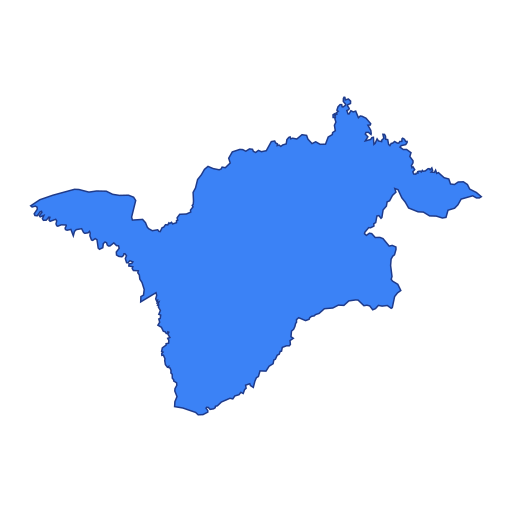 Cértegui, Chocó, Colombia (Natural Earth projection)
{"feature_id": "7082276B47980594061529", "entity_name": "Cértegui", "entity_type": "district", "adm_level": 2, "iso_a3": "COL", "parent_name": "Colombia", "parent_adm1": "Chocó", "projection": "natural_earth1", "projection_center": [-76.545, 5.385], "detail": "fine", "context": "isolated", "style": "filled", "palette": "blue", "viewbox_px": 512, "rotation_deg": 0, "n_neighbors": 0, "source": "geoboundaries", "source_scale": "gbopen_adm2", "svg_char_len": 6072}
<svg xmlns="http://www.w3.org/2000/svg" viewBox="0 0 512 512"><path d="M174.6,406.6L182.8,408.0L195.6,412.4L198.2,414.8L203.0,414.6L207.8,412.1L207.8,410.6L206.0,408.2L206.6,407.3L208.3,407.4L210.1,409.4L213.6,408.8L215.2,407.7L215.4,406.3L217.4,405.8L221.4,402.0L229.9,398.3L232.8,398.9L234.9,395.9L239.0,394.7L240.9,392.3L243.2,393.5L244.6,389.6L246.1,388.3L245.6,385.2L249.8,383.7L250.4,385.5L253.3,387.4L254.9,381.2L256.4,377.7L258.4,376.5L260.0,370.9L266.0,371.1L269.1,366.2L273.1,363.7L273.8,360.0L275.4,359.2L277.2,355.2L279.2,354.2L280.2,351.4L281.5,351.2L282.3,347.4L286.5,345.8L289.3,345.8L290.4,344.4L290.0,340.6L293.3,338.3L291.0,336.7L291.5,331.1L293.6,329.3L294.9,326.5L295.6,323.4L296.5,322.4L296.5,319.6L298.7,317.7L305.6,320.6L309.1,319.3L309.7,317.7L311.6,316.3L314.2,315.9L315.5,314.6L319.1,313.4L324.4,308.7L332.8,308.0L338.4,305.1L343.9,305.4L348.8,300.9L355.8,299.9L358.1,300.1L363.9,305.7L366.9,305.2L369.7,305.9L372.7,309.8L375.5,308.6L378.4,305.4L382.1,306.1L387.3,305.5L391.2,308.3L392.3,307.6L394.6,296.6L397.5,292.9L400.8,290.5L397.8,284.3L392.5,281.1L391.2,279.3L392.0,276.5L390.6,265.5L391.1,259.1L392.7,256.2L394.5,254.8L396.0,249.4L395.9,247.0L392.2,245.4L389.2,246.1L383.0,238.6L379.9,237.4L375.2,237.5L371.7,233.6L369.4,233.2L366.4,235.4L364.5,233.7L364.8,232.3L368.7,227.6L370.5,227.8L373.9,226.1L373.8,223.7L375.7,222.6L376.9,216.0L378.9,215.6L381.0,218.3L381.9,217.4L383.1,209.9L386.4,206.1L387.1,201.9L389.6,200.8L392.5,195.4L395.9,192.2L394.8,188.5L398.1,189.7L401.8,197.8L405.3,202.2L408.6,208.0L418.0,211.8L423.4,212.1L429.6,215.9L436.3,216.1L442.4,218.0L446.0,217.4L448.0,210.2L454.6,208.2L457.9,204.8L461.1,199.1L472.7,195.8L476.4,197.9L479.4,197.9L481.3,196.7L476.4,192.5L469.7,189.1L467.4,184.5L463.4,181.8L458.2,182.0L454.5,184.5L450.5,184.0L448.8,179.0L444.1,177.7L438.4,172.6L436.7,173.4L435.6,170.2L434.4,172.4L431.1,172.1L432.6,170.4L431.8,167.9L430.1,169.8L429.2,168.7L428.1,168.7L425.3,170.9L423.1,171.3L422.3,170.4L421.2,172.0L420.2,171.1L418.3,171.4L417.7,171.7L418.0,173.0L416.2,173.2L415.8,174.2L413.7,174.0L412.8,171.8L414.7,169.6L413.0,166.9L412.0,167.7L411.4,165.6L413.0,162.8L413.0,160.8L409.8,156.5L411.0,152.7L406.6,149.5L403.2,149.5L400.0,147.1L401.3,145.6L405.7,144.6L407.1,142.5L407.1,141.4L405.6,141.4L404.5,139.3L402.7,138.2L402.0,138.8L401.8,141.4L399.8,141.5L398.8,143.1L397.3,143.1L394.6,141.5L392.6,143.2L391.2,143.4L389.9,145.6L388.6,144.4L387.7,139.6L385.7,139.3L385.5,136.2L384.5,134.4L382.9,134.3L383.8,138.3L381.8,140.1L381.6,141.6L378.5,141.0L377.1,138.9L375.1,143.4L373.9,144.4L373.4,137.3L371.9,137.6L370.6,139.5L365.3,140.9L367.9,136.8L365.3,134.1L366.0,132.4L368.4,132.3L371.0,134.5L371.2,133.6L370.8,130.4L367.9,125.2L370.3,125.0L370.7,123.7L366.0,118.2L362.1,116.3L360.3,116.0L358.4,117.7L355.7,111.1L353.2,111.9L350.9,110.7L349.0,114.0L348.0,113.9L346.8,110.5L348.8,109.6L349.2,108.5L347.4,105.6L347.6,104.8L350.5,103.5L350.6,101.1L348.4,99.0L345.3,99.9L344.9,97.4L344.1,97.2L343.4,98.4L343.3,101.4L345.7,104.4L345.2,105.5L343.0,107.0L342.1,106.8L341.7,104.6L340.1,104.6L338.0,106.8L336.9,110.2L338.2,111.3L336.3,112.9L337.3,114.6L335.8,113.7L335.1,116.2L334.4,113.9L333.0,114.8L333.1,117.5L335.3,117.6L334.9,118.8L335.9,122.1L334.4,125.3L335.3,130.7L332.6,132.6L332.3,134.6L328.2,137.0L325.5,144.2L320.1,144.3L315.7,141.8L312.0,143.6L307.9,139.1L306.6,135.4L302.0,134.7L296.8,139.0L292.6,138.2L290.7,138.8L290.1,136.9L288.8,137.4L286.9,139.6L286.2,143.9L282.8,144.9L280.8,146.4L279.0,145.0L277.2,145.6L277.4,143.8L275.6,142.9L274.7,141.0L271.3,141.6L266.3,150.7L261.4,151.7L258.4,150.4L255.6,152.5L253.4,151.4L252.5,149.3L249.5,148.9L245.8,151.2L242.7,149.6L239.8,149.4L232.3,151.9L228.7,158.2L230.2,163.0L225.3,167.7L222.1,167.1L221.1,169.0L219.2,169.8L213.2,168.6L208.0,166.4L204.5,169.3L201.3,174.9L197.6,179.5L195.5,188.0L193.1,192.4L193.5,201.2L193.2,204.4L192.2,205.4L193.0,206.9L190.5,210.1L190.7,212.1L186.4,214.0L179.7,214.3L177.1,217.8L177.7,220.2L176.5,220.7L176.5,222.7L172.6,223.9L171.5,222.3L169.8,223.5L168.9,222.8L167.8,224.9L165.5,224.7L163.7,227.2L162.1,227.7L160.2,231.6L158.9,231.4L157.7,229.8L152.3,230.7L148.7,228.7L147.3,227.2L145.5,222.7L142.6,219.4L132.4,220.1L131.6,217.1L135.7,200.5L133.6,197.2L128.5,195.2L119.4,195.4L112.6,194.3L106.3,191.2L96.5,191.0L88.9,192.1L78.9,189.5L74.5,189.3L52.9,195.2L39.9,199.7L30.7,205.8L32.1,207.0L35.4,206.1L37.1,207.2L37.3,209.2L34.2,213.8L34.9,215.5L37.2,215.8L40.1,211.8L41.5,211.3L41.9,212.4L39.3,215.7L40.2,216.9L43.9,215.4L42.4,218.7L43.4,220.3L46.2,220.2L48.9,217.1L49.9,217.3L49.0,220.0L50.1,221.3L55.7,219.3L56.7,220.9L56.0,223.9L56.7,225.7L57.8,226.2L61.3,224.8L66.0,225.0L66.3,225.8L65.1,228.1L65.5,229.6L67.1,230.2L70.9,229.4L73.3,235.8L74.5,231.4L76.3,229.6L81.6,228.7L83.6,232.5L84.8,233.3L88.1,232.8L89.5,231.4L90.2,233.1L89.9,235.8L91.5,240.0L92.7,240.4L95.2,238.6L97.0,239.8L98.2,248.1L99.5,249.3L102.8,247.7L103.3,243.6L105.0,242.0L106.6,242.8L107.2,244.9L108.5,246.0L109.9,246.0L113.8,242.9L116.5,245.6L118.5,245.8L119.2,248.3L116.3,252.0L116.5,255.0L118.8,256.4L121.9,256.8L123.5,255.5L123.9,253.8L124.9,253.7L126.5,255.7L125.3,258.6L126.6,262.7L127.9,262.8L129.9,260.7L132.9,261.9L131.7,263.5L129.1,263.9L128.8,266.0L132.8,266.7L132.2,268.5L133.4,270.5L138.3,270.8L137.8,272.8L139.3,274.9L139.8,279.1L142.0,282.5L144.2,289.5L143.5,295.1L140.9,296.6L140.7,301.9L156.0,292.7L156.7,295.3L155.7,298.9L156.6,300.9L157.5,300.3L157.1,302.9L158.9,301.9L157.6,305.2L158.7,305.1L158.4,307.1L160.4,310.5L158.8,314.3L160.7,315.1L160.2,318.5L158.8,319.0L159.7,322.2L157.9,325.2L161.4,327.3L163.3,331.2L165.1,331.8L166.3,333.5L167.7,333.3L167.9,331.8L168.8,332.2L167.9,334.2L169.9,337.5L167.7,338.3L168.8,340.4L168.6,343.2L166.1,343.7L166.1,345.1L162.3,347.9L161.6,351.5L163.0,352.1L161.7,353.6L161.9,355.4L163.4,355.2L165.0,358.8L164.7,360.5L165.4,364.6L167.4,367.2L168.6,366.5L168.4,367.4L170.0,368.0L171.0,370.4L170.9,373.0L172.2,374.3L172.3,378.2L173.7,379.8L173.7,381.0L176.6,382.8L176.8,385.3L175.0,388.6L174.8,391.0L177.0,396.6L174.9,401.7L174.6,406.6Z" fill="#3b82f6" stroke="#1e3a8a" stroke-width="1.5"/></svg>